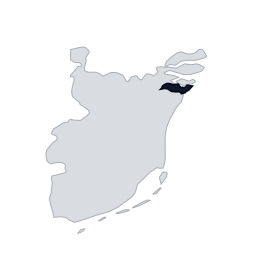 Goeree-Overflakkee, Zuid-Holland, Netherlands shown in context, rotated 166°
{"feature_id": "6326949B86973189891179", "entity_name": "Goeree-Overflakkee", "entity_type": "district", "adm_level": 2, "iso_a3": "NLD", "parent_name": "Netherlands", "parent_adm1": "Zuid-Holland", "projection": "natural_earth1", "projection_center": [4.215, 51.751], "detail": "fine", "context": "in_parent", "style": "filled", "palette": "ink", "viewbox_px": 256, "rotation_deg": 166, "n_neighbors": 0, "source": "geoboundaries", "source_scale": "gbopen_adm2", "svg_char_len": 5065}
<svg xmlns="http://www.w3.org/2000/svg" viewBox="0 0 256 256"><g transform="rotate(166 128 128)"><path d="M164.6,218.0L159.6,217.9L154.9,217.8L152.4,217.5L149.8,216.5L148.6,214.5L147.1,212.2L147.5,210.7L151.8,206.6L152.5,205.4L152.0,204.8L152.5,203.0L155.8,196.9L156.2,194.4L154.7,192.7L152.5,191.6L145.4,189.8L142.0,187.2L140.5,185.0L138.9,184.4L136.6,185.1L130.7,185.9L126.0,184.7L120.3,180.5L119.0,176.7L118.3,173.8L116.9,172.8L115.0,174.3L112.7,176.6L108.0,176.9L106.6,176.4L106.4,175.1L106.1,173.8L104.8,172.3L103.4,171.4L97.4,175.8L95.2,175.7L92.4,174.1L91.0,172.4L88.0,173.4L85.2,175.4L86.1,179.2L84.7,179.9L81.3,179.5L77.4,178.0L73.1,177.0L66.6,174.4L57.5,176.5L51.2,174.0L46.0,173.7L42.8,171.7L39.3,168.3L41.8,166.0L44.2,165.2L53.7,164.8L60.7,166.2L73.2,173.6L76.4,173.6L79.8,172.6L78.1,170.6L74.9,169.6L70.3,167.6L66.5,164.8L75.3,163.9L74.1,162.4L72.9,160.0L63.7,151.3L65.3,149.0L67.6,144.0L70.5,139.8L72.8,138.7L76.6,135.7L84.7,127.1L89.9,120.1L93.8,111.7L99.4,88.8L101.1,84.9L103.8,80.6L107.2,81.4L109.6,82.6L118.0,79.4L132.4,70.9L136.6,63.6L140.8,60.2L157.3,53.5L166.5,51.5L180.6,51.0L190.8,49.9L203.0,49.4L207.7,53.5L210.5,56.5L214.9,58.2L221.6,59.3L221.3,65.2L221.5,76.9L221.1,79.0L218.1,84.0L215.0,92.8L214.2,98.7L213.3,99.8L200.4,99.8L198.5,100.8L198.3,102.0L199.0,103.5L198.7,105.0L197.7,106.2L198.2,108.2L200.5,110.4L204.6,111.7L209.0,111.9L211.2,111.6L212.9,113.2L214.6,115.6L214.5,118.7L213.9,122.8L211.9,126.6L206.0,130.9L203.3,132.5L200.8,133.3L199.6,134.4L199.1,135.9L199.2,137.2L203.5,140.7L203.4,141.5L202.2,143.3L200.6,145.0L189.7,148.6L185.1,148.3L182.6,150.1L181.7,150.4L178.9,148.8L172.4,146.9L170.0,147.6L168.7,148.6L164.7,149.9L161.8,151.8L161.8,154.3L167.0,160.9L168.8,162.2L168.9,164.6L171.4,167.7L174.0,171.5L174.3,174.0L174.0,176.5L172.7,180.0L168.4,188.2L168.3,189.8L168.7,191.0L170.3,191.3L171.4,191.9L171.1,193.0L162.8,198.7L161.8,199.7L158.3,199.4L157.7,200.4L158.2,201.9L159.6,203.3L162.6,204.0L165.1,205.5L167.2,208.3L164.6,218.0ZM77.4,178.0L76.7,180.3L74.8,183.0L68.3,186.7L61.5,189.2L58.0,188.9L55.6,187.6L54.3,186.3L50.6,184.9L45.7,184.3L42.5,185.7L40.3,187.0L38.4,186.8L36.9,185.7L35.8,184.0L34.4,178.5L38.1,177.5L46.1,177.2L52.4,179.1L60.6,180.0L66.8,177.4L71.8,179.6L77.4,178.0ZM63.8,155.8L68.6,159.2L69.6,160.3L70.0,161.5L63.9,162.8L57.4,158.6L53.2,159.6L51.6,157.6L51.5,156.4L56.0,155.4L63.8,155.8ZM109.5,72.5L104.7,76.9L101.7,75.7L100.9,74.7L102.4,71.2L109.5,65.5L109.5,72.5ZM130.7,52.9L126.2,53.4L124.2,52.5L135.1,50.0L142.0,49.3L143.2,49.6L130.7,52.9ZM160.0,48.3L150.4,49.3L147.2,48.6L146.6,47.8L149.3,47.4L157.4,47.3L159.9,47.9L160.0,48.3ZM120.2,57.7L111.3,62.3L110.5,61.6L116.3,57.6L120.2,57.7ZM198.9,40.6L194.5,40.8L195.7,39.2L199.9,38.0L202.1,38.0L198.9,40.6ZM179.5,45.1L172.8,47.2L171.1,46.8L171.5,46.2L177.5,44.8L179.5,45.1Z" fill="#d9dde1" stroke="#a8b0b8" stroke-width="1"/><path d="M68.3,149.3L68.0,148.3L66.1,148.3L64.1,148.4L64.1,148.5L64.0,148.8L63.9,148.9L63.1,149.1L62.1,149.4L61.5,149.6L61.1,149.7L61.0,149.8L60.9,149.8L60.7,149.8L59.9,150.1L59.7,150.2L58.0,151.2L57.8,151.4L56.6,152.2L55.2,153.1L57.8,154.1L58.6,154.7L58.8,154.9L59.1,155.0L59.9,155.2L60.2,155.3L60.7,155.2L60.8,155.0L61.2,154.7L61.7,154.2L62.2,154.0L62.5,153.8L63.4,153.6L64.3,153.7L64.4,153.8L64.8,154.1L65.1,154.3L66.2,154.4L67.0,154.6L67.1,155.0L67.2,155.6L67.6,155.9L68.0,156.4L68.1,156.7L68.1,157.0L68.1,157.6L68.3,158.1L68.7,158.6L68.9,158.7L69.3,158.7L69.6,158.7L69.9,158.7L70.6,158.8L71.1,158.9L71.6,159.0L72.4,159.2L73.1,159.2L73.8,159.2L73.9,159.3L74.3,159.5L75.8,160.5L76.3,160.7L78.2,161.6L78.3,161.6L78.5,161.7L78.8,161.7L79.1,161.7L79.3,161.7L79.4,161.8L79.5,161.8L79.8,161.8L80.0,161.8L80.1,161.7L80.3,161.7L80.5,161.7L80.8,161.6L81.0,161.6L81.3,161.5L81.4,161.4L81.5,161.4L81.8,161.3L82.0,161.3L82.3,161.2L82.5,161.2L82.8,161.1L83.0,161.0L83.3,160.9L83.6,160.8L83.8,160.7L84.0,160.6L84.3,160.4L84.5,160.2L84.8,159.9L84.9,159.7L84.9,159.4L85.6,158.7L85.9,158.5L86.0,158.4L86.6,158.0L86.9,157.8L87.1,157.7L86.2,157.6L85.9,157.6L85.3,157.6L85.0,157.6L84.6,157.7L84.3,157.7L84.2,157.7L83.9,157.6L83.7,157.6L83.3,157.5L83.1,157.5L82.9,157.5L82.8,157.4L82.7,157.4L82.4,157.4L82.2,157.3L81.9,157.2L81.7,157.2L81.4,157.0L81.3,156.9L81.2,156.9L81.1,156.7L80.9,156.6L80.7,156.5L80.5,156.4L80.4,156.4L80.2,156.3L80.0,156.2L79.9,156.2L79.7,156.1L79.5,155.9L79.4,155.9L79.3,155.7L79.2,155.7L79.1,155.4L78.9,155.2L78.8,154.9L78.7,154.9L78.6,154.7L78.4,154.5L78.4,154.4L78.2,154.3L78.1,154.2L77.9,154.0L77.8,153.9L77.7,153.9L77.6,153.7L77.4,153.5L77.4,153.4L77.2,153.3L77.1,153.2L76.8,152.9L76.6,152.8L76.5,152.7L76.4,152.7L76.0,152.6L75.9,152.6L75.7,152.5L75.3,152.4L75.2,152.5L74.9,152.5L74.7,152.4L74.4,152.2L74.2,152.1L74.0,151.9L73.9,151.9L73.7,151.7L73.4,151.6L73.2,151.5L72.9,151.5L72.7,151.6L72.4,151.6L72.2,151.5L72.0,151.4L71.8,151.3L71.7,151.3L71.7,151.2L71.3,151.1L71.1,151.1L70.8,151.0L70.6,151.0L70.4,150.9L70.2,150.9L69.9,150.8L69.7,150.7L69.4,150.6L69.2,150.5L69.2,150.4L69.0,150.2L68.9,150.2L68.7,150.0L68.7,149.9L68.5,149.7L68.4,149.6L68.3,149.3Z" fill="#0f172a" stroke="#020617" stroke-width="1.5"/></g></svg>